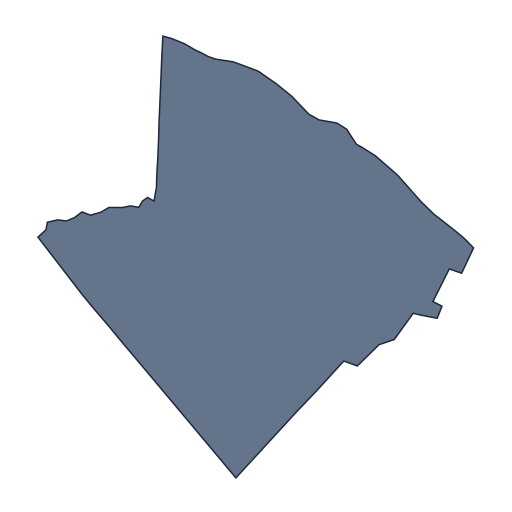 outline of Chuí, Rio Grande do Sul, Brazil, rotated 89°
{"feature_id": "56859067B65992247810501", "entity_name": "Chuí", "entity_type": "district", "adm_level": 2, "iso_a3": "BRA", "parent_name": "Brazil", "parent_adm1": "Rio Grande do Sul", "projection": "orthographic", "projection_center": [-53.439, -33.652], "detail": "fine", "context": "isolated", "style": "filled", "palette": "slate", "viewbox_px": 512, "rotation_deg": 89, "n_neighbors": 0, "source": "geoboundaries", "source_scale": "gbopen_adm2", "svg_char_len": 1090}
<svg xmlns="http://www.w3.org/2000/svg" viewBox="0 0 512 512"><g transform="rotate(89 256 256)"><path d="M233.3,473.7L291.4,430.6L303.6,420.9L321.2,406.4L326.4,402.2L338.5,392.6L366.6,369.7L477.5,280.0L411.6,217.3L392.0,197.9L362.6,170.1L367.7,156.6L346.8,134.5L341.9,119.2L316.0,99.8L318.1,91.9L321.4,75.9L309.4,70.9L304.7,79.9L272.3,63.0L276.8,50.7L251.7,38.3L242.6,46.9L235.4,55.1L225.5,67.2L217.4,77.3L212.1,82.5L204.6,90.0L190.3,102.2L177.8,112.9L173.1,118.0L167.7,124.0L157.9,134.9L149.8,147.2L146.0,153.6L136.6,159.6L131.0,162.9L124.5,172.7L121.0,190.7L115.1,200.7L96.7,217.7L84.3,232.5L71.2,250.6L68.7,256.9L61.5,275.3L58.5,292.7L55.7,300.4L52.3,306.4L48.5,314.0L42.6,323.7L37.0,336.7L34.5,345.3L56.9,346.8L95.9,349.1L112.4,350.1L118.2,350.5L128.6,351.0L136.5,351.3L142.9,351.7L155.6,352.4L169.3,353.5L175.7,353.9L185.4,354.3L199.3,357.0L195.6,363.4L199.1,368.6L205.3,372.3L203.7,380.6L205.2,388.8L204.9,402.2L209.6,410.5L212.3,420.8L208.9,429.2L214.3,436.6L217.7,444.9L216.4,453.5L218.6,464.0L226.1,465.5L233.3,473.7Z" fill="#64748b" stroke="#1e293b" stroke-width="1.5"/></g></svg>